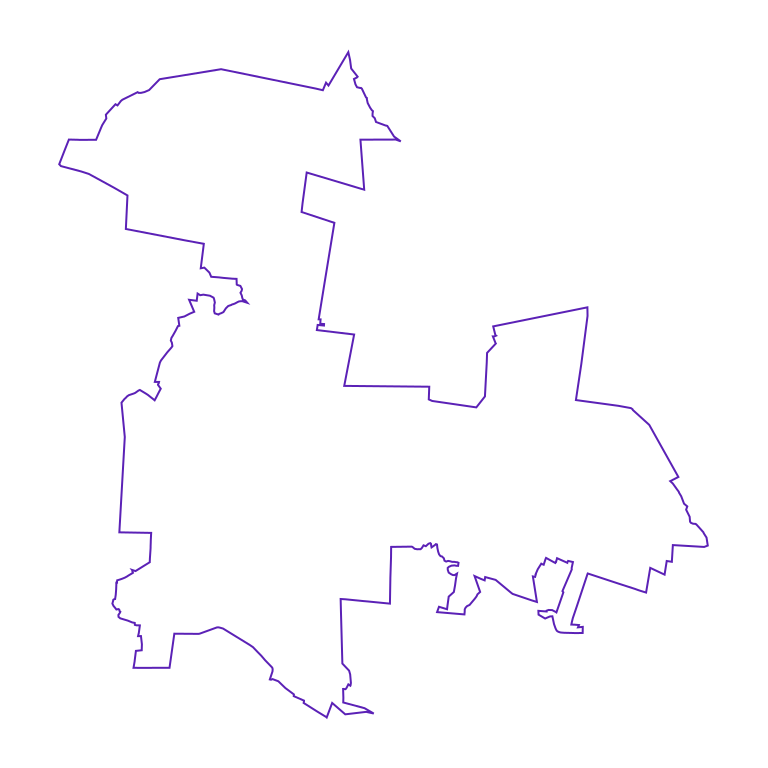 San Francisco de los Romo, Aguascalientes, Mexico, rotated 269°
{"feature_id": "50627088B17251995909944", "entity_name": "San Francisco de los Romo", "entity_type": "district", "adm_level": 2, "iso_a3": "MEX", "parent_name": "Mexico", "parent_adm1": "Aguascalientes", "projection": "albers", "projection_center": [-102.247, 22.022], "detail": "fine", "context": "isolated", "style": "outline", "palette": "violet", "viewbox_px": 768, "rotation_deg": 269, "n_neighbors": 0, "source": "geoboundaries", "source_scale": "gbopen_adm2", "svg_char_len": 6088}
<svg xmlns="http://www.w3.org/2000/svg" viewBox="0 0 768 768"><g transform="rotate(269 384 384)"><path d="M170.9,642.4L195.5,647.0L188.5,661.2L202.1,663.6L201.2,668.7L217.9,670.0L215.5,701.3L216.8,704.9L224.8,703.8L229.2,701.1L230.1,700.8L231.5,699.6L232.8,698.5L238.3,693.7L238.4,693.3L238.7,693.0L238.9,690.6L239.8,688.5L241.0,687.6L245.9,687.3L252.6,684.1L253.1,683.9L256.3,685.1L259.1,681.9L266.6,679.2L270.2,677.1L271.2,676.8L273.4,675.2L279.5,671.0L281.9,668.5L285.9,676.7L338.5,648.5L353.6,632.4L354.5,632.0L355.6,630.4L358.1,617.9L364.6,575.6L400.4,581.6L448.5,588.7L457.1,588.7L439.7,494.2L431.0,496.2L430.4,496.9L429.7,495.2L429.7,493.9L429.7,493.7L422.8,496.3L422.5,496.5L413.3,487.6L403.6,487.1L369.8,484.7L359.0,475.9L366.2,431.9L367.8,428.5L380.5,429.2L382.8,344.2L434.0,355.0L439.1,317.8L443.5,318.6L444.2,318.7L443.5,325.0L445.0,325.1L445.3,321.3L449.7,321.7L449.8,319.8L483.8,325.9L546.0,337.2L557.4,304.6L566.0,305.7L596.8,310.4L578.6,367.6L628.7,364.7L628.2,400.0L626.3,405.0L631.2,398.4L642.0,391.8L642.3,390.8L642.3,390.4L646.1,380.6L649.9,379.4L652.2,377.2L654.7,377.3L657.0,377.7L658.0,376.6L660.6,374.9L665.2,372.6L669.2,371.8L670.2,371.9L670.9,371.0L679.7,367.0L680.4,366.2L680.4,365.3L681.2,362.2L684.1,360.7L689.5,359.3L690.9,362.2L691.7,363.0L700.0,356.7L708.6,355.7L716.4,354.1L683.4,333.7L686.3,331.3L679.5,328.3L678.8,328.0L680.6,320.8L701.6,226.6L692.7,165.3L692.6,165.0L682.0,154.3L680.7,151.1L680.1,149.7L679.3,146.0L679.4,143.7L680.1,142.8L672.8,127.4L671.5,125.8L667.2,122.4L668.4,120.4L658.1,110.6L654.3,111.0L647.8,106.8L644.5,105.3L643.3,104.8L633.2,100.4L633.4,83.6L633.5,83.0L633.9,73.2L622.6,68.5L609.4,63.1L607.5,64.8L601.8,84.9L599.2,92.5L584.9,117.6L577.0,130.8L543.5,128.6L531.2,187.0L527.3,206.3L502.9,202.8L503.5,206.4L498.4,211.4L494.2,213.1L493.5,220.7L492.9,225.2L491.9,234.6L491.7,238.4L486.0,238.5L485.6,239.0L484.6,242.1L481.4,243.7L479.7,243.3L477.7,242.1L475.1,243.3L472.6,243.8L470.9,244.4L470.0,246.7L467.6,248.7L469.3,243.7L469.3,242.5L469.1,240.5L468.6,239.3L467.1,236.4L466.4,234.5L466.3,233.7L465.7,232.7L464.7,229.6L462.4,227.2L458.7,224.7L457.7,222.6L456.9,220.3L456.3,219.8L457.6,216.0L459.8,215.4L463.3,215.7L465.8,215.6L468.4,216.3L471.9,215.6L473.3,215.1L475.3,211.5L476.5,204.9L476.0,201.8L477.7,199.2L470.5,198.2L471.6,190.6L459.5,195.5L457.7,191.0L455.0,185.6L453.7,179.4L445.8,180.4L445.5,179.0L440.8,176.5L435.7,173.5L433.9,172.3L431.2,171.6L429.1,172.6L425.6,173.1L424.4,172.3L419.4,167.8L411.4,161.4L409.3,160.3L390.1,154.9L390.0,159.1L388.5,158.7L387.6,158.0L387.1,158.0L383.2,160.7L380.7,159.3L378.7,158.2L375.1,156.3L371.7,154.4L372.9,153.0L373.8,151.9L374.6,150.9L375.6,149.7L377.1,147.9L378.4,146.0L382.3,139.8L381.9,138.8L381.6,138.2L379.8,135.6L379.5,135.2L379.0,134.0L378.9,133.8L377.3,128.7L376.1,126.9L374.8,125.7L373.5,124.2L369.9,121.2L335.5,123.9L240.3,116.8L239.2,148.6L237.8,148.5L231.7,148.1L229.4,148.0L225.8,147.8L225.0,147.8L223.2,147.7L220.8,147.5L213.8,146.9L210.4,146.7L209.9,146.7L206.4,140.8L201.3,132.3L202.5,128.8L201.9,129.2L200.7,129.2L200.5,129.3L200.1,129.5L199.6,129.7L199.1,128.9L197.7,126.4L196.7,124.7L196.1,123.8L194.9,121.5L193.9,118.9L193.2,116.8L192.5,114.4L192.4,113.9L192.2,113.9L190.4,113.1L190.4,113.6L190.0,113.6L190.0,113.1L188.6,112.9L183.3,112.6L177.9,112.1L173.7,111.4L173.6,110.6L173.0,109.6L171.6,109.3L169.2,108.6L166.8,109.7L164.7,111.4L163.2,112.5L163.6,114.5L163.3,115.1L162.6,115.5L161.9,115.5L161.4,115.8L160.9,116.4L160.1,116.1L157.7,114.4L155.8,114.5L154.3,116.2L151.9,123.7L150.0,128.1L149.5,130.6L147.5,130.7L147.0,132.5L147.0,134.8L146.9,135.7L139.3,134.5L136.2,133.7L136.2,136.6L128.0,137.4L122.0,137.1L121.5,131.3L111.8,129.9L110.9,129.8L104.6,128.6L104.4,137.6L104.0,164.6L138.0,170.0L137.4,194.2L137.6,195.4L143.5,212.6L143.6,214.0L143.3,215.5L142.3,218.8L125.3,245.4L123.1,248.5L122.2,249.3L118.2,253.0L114.4,256.6L109.9,260.3L102.4,267.3L100.9,267.7L98.6,267.5L90.6,264.7L90.3,265.9L90.9,267.4L88.7,273.0L88.5,273.3L81.7,280.1L75.2,288.5L73.5,288.3L68.8,298.5L68.3,298.5L66.5,298.1L57.5,311.8L52.0,320.5L51.6,320.9L66.0,326.6L54.4,339.5L56.5,360.5L54.7,368.0L60.2,358.9L66.3,337.7L70.9,337.9L79.8,337.8L79.8,338.4L79.5,340.0L80.0,340.7L81.6,341.7L84.3,343.1L82.9,345.1L83.3,345.3L85.7,345.7L94.3,345.1L94.6,345.0L98.0,344.1L105.2,337.5L155.1,337.0L169.8,336.9L169.4,341.8L167.3,359.8L166.9,363.6L164.3,386.1L190.4,387.0L210.5,388.0L221.0,388.3L220.9,408.9L220.5,409.7L218.7,411.8L218.2,414.2L218.2,417.7L219.4,419.0L222.0,420.7L221.1,423.0L223.5,425.7L224.1,427.5L223.4,428.2L221.2,428.4L219.8,428.7L222.1,432.1L223.0,433.1L222.6,434.2L219.2,434.5L215.5,435.2L212.7,436.1L210.9,437.5L210.6,438.9L208.7,440.8L206.3,441.4L205.4,443.0L206.0,445.0L205.7,446.6L205.0,449.0L204.9,451.4L204.6,452.9L204.5,454.2L203.9,455.4L200.9,454.9L201.0,453.1L201.4,451.4L201.2,448.3L200.1,445.7L199.0,444.5L197.1,444.5L194.3,445.4L192.7,447.7L191.8,449.5L191.7,451.2L193.2,453.7L188.3,452.6L181.3,451.5L174.8,450.2L170.3,445.0L161.3,443.6L157.7,443.1L160.3,435.1L155.0,433.1L152.2,460.4L154.9,460.7L157.3,460.8L159.0,461.7L160.5,463.2L161.6,465.7L167.7,471.0L170.0,472.8L172.1,473.8L174.4,476.5L190.4,471.2L187.4,477.6L185.9,481.2L189.2,481.8L186.2,492.2L173.1,507.4L171.9,508.9L165.2,527.6L163.4,533.1L189.0,529.5L188.5,531.7L191.1,532.5L191.2,532.3L196.1,534.5L201.6,538.1L201.4,538.4L200.5,540.5L206.0,542.4L207.3,543.0L203.1,550.3L202.1,552.1L203.2,552.6L203.1,552.9L206.8,554.0L202.1,564.0L202.3,564.0L202.8,564.2L203.0,564.6L203.9,565.0L202.7,569.8L196.7,568.4L195.3,568.5L173.8,558.8L172.6,559.7L169.5,558.6L152.6,552.4L153.2,551.5L155.0,548.2L155.2,544.6L154.5,542.6L153.7,542.6L154.5,534.4L150.7,534.5L146.7,541.0L148.7,545.9L148.8,548.3L141.0,549.8L137.1,551.1L136.1,551.5L134.9,552.1L134.4,552.4L133.8,553.0L133.5,553.5L133.0,554.5L132.5,556.1L132.3,557.8L132.1,560.0L131.8,567.3L131.6,571.5L131.6,578.3L137.7,578.5L137.3,573.7L139.6,574.7L139.8,572.5L140.0,570.7L140.2,567.1L142.8,567.7L146.6,568.7L158.6,573.0L190.3,584.1L191.0,584.4L180.4,614.8L174.8,631.2L173.5,634.6L172.7,636.9L170.9,642.4Z" fill="none" stroke="#5b21b6" stroke-width="2"/></g></svg>